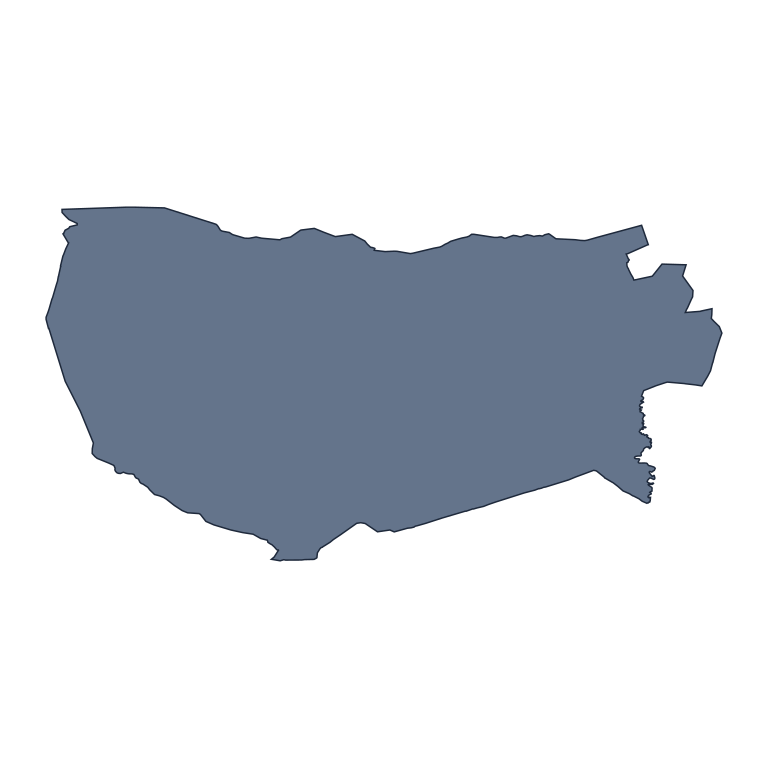 outline of Nautrēnu pag., Rezeknes, Latvia
{"feature_id": "27541924B31179007795423", "entity_name": "Nautrēnu pag.", "entity_type": "district", "adm_level": 2, "iso_a3": "LVA", "parent_name": "Latvia", "parent_adm1": "Rezeknes", "projection": "natural_earth1", "projection_center": [27.418, 56.733], "detail": "fine", "context": "isolated", "style": "filled", "palette": "slate", "viewbox_px": 768, "rotation_deg": 0, "n_neighbors": 0, "source": "geoboundaries", "source_scale": "gbopen_adm2", "svg_char_len": 6065}
<svg xmlns="http://www.w3.org/2000/svg" viewBox="0 0 768 768"><path d="M62.0,209.4L62.1,212.5L65.7,216.4L68.9,219.5L77.2,223.5L77.2,224.9L69.8,226.7L68.7,228.3L65.1,230.2L64.3,232.0L64.0,232.4L63.7,233.6L63.0,233.9L68.3,242.8L68.6,242.9L65.7,249.0L63.6,254.6L62.9,256.1L60.5,266.0L60.8,266.3L60.6,266.7L58.5,276.2L58.5,276.6L58.3,276.7L57.5,281.2L56.4,284.6L52.6,297.6L51.9,299.2L49.0,309.3L47.8,312.8L46.1,317.2L46.1,319.4L48.3,327.8L48.5,328.5L48.9,328.4L65.2,381.3L80.3,411.1L93.4,443.0L92.3,448.7L92.2,453.5L95.0,456.6L97.2,458.4L108.8,463.1L113.6,465.3L114.0,465.7L115.1,468.2L114.9,469.5L115.0,470.2L115.6,471.4L117.0,472.8L118.3,473.3L120.4,473.5L123.4,472.2L126.1,473.3L128.5,473.8L132.1,473.9L133.9,474.5L135.3,477.1L136.1,478.0L137.8,478.7L138.6,479.3L139.9,482.2L141.2,483.4L143.0,484.1L147.8,487.3L149.7,489.8L154.5,494.5L159.3,495.8L163.5,497.4L166.4,499.2L174.4,505.5L182.2,510.6L187.6,512.8L199.1,513.6L200.4,514.4L205.9,521.4L213.9,524.9L230.9,530.0L242.7,532.6L253.1,534.2L260.7,538.5L267.3,540.2L267.8,541.5L267.8,542.1L268.0,542.4L270.5,544.0L271.9,544.7L274.5,547.1L276.1,549.0L277.1,549.9L278.4,550.0L278.5,550.2L274.2,557.0L271.4,559.3L273.3,559.6L280.2,560.8L283.8,559.7L285.6,560.1L301.6,560.0L304.6,559.6L314.0,559.4L316.0,558.4L316.9,557.7L317.4,552.8L320.0,548.7L321.0,547.7L322.4,547.2L322.5,547.0L330.0,542.3L333.3,539.6L341.0,534.4L356.7,523.3L360.8,522.7L365.2,523.5L377.5,531.8L389.9,530.0L394.2,531.9L407.5,528.2L411.2,527.8L414.0,527.1L415.2,526.2L417.4,525.7L425.8,523.3L442.2,518.0L465.2,511.2L466.2,511.2L472.8,508.9L473.5,509.0L476.8,508.0L483.6,506.4L488.7,504.4L495.7,502.0L524.3,492.9L535.0,490.1L538.8,488.6L539.0,488.8L541.4,488.2L543.7,487.3L545.6,487.0L568.6,479.9L575.6,477.0L593.7,470.3L596.1,470.8L596.8,471.2L603.9,476.9L604.9,478.1L605.1,478.1L612.1,482.2L613.1,482.7L617.9,486.4L623.0,490.9L629.4,493.7L632.7,495.8L633.7,496.1L639.0,498.8L642.1,501.2L646.9,503.3L647.6,502.9L648.3,502.9L649.1,502.0L649.7,502.1L649.8,501.9L649.5,501.6L650.2,500.9L650.5,497.4L650.0,497.5L649.7,497.2L649.0,497.8L647.9,496.9L648.2,496.1L649.2,494.9L650.8,494.2L651.2,493.9L651.1,493.3L650.9,492.9L649.8,492.4L650.4,491.7L652.0,491.1L652.0,488.8L652.1,488.3L651.9,487.5L648.4,485.1L648.2,484.6L648.6,484.3L652.2,484.4L653.5,483.5L653.3,483.1L653.0,483.0L651.2,483.5L649.8,483.3L647.7,482.3L647.2,481.7L647.2,481.4L647.6,480.3L649.6,478.0L650.9,478.1L653.7,479.4L654.2,479.3L654.6,479.0L654.9,478.1L654.3,475.8L654.1,475.5L653.6,475.5L653.1,475.8L652.8,476.3L652.2,476.4L649.5,473.1L649.2,472.3L649.4,471.6L649.9,471.4L651.5,472.1L652.7,471.6L652.9,471.1L654.3,470.4L655.2,468.4L654.7,467.6L653.8,467.0L650.4,465.9L648.8,465.6L647.7,464.5L647.3,463.7L646.6,463.2L644.5,463.0L639.6,463.1L638.5,462.7L638.3,462.4L638.3,461.9L639.6,459.4L639.4,459.0L638.6,458.8L636.6,458.8L635.3,458.6L634.7,458.2L634.5,457.8L634.7,457.1L634.9,456.9L636.0,456.3L638.0,456.0L640.4,456.0L641.0,455.7L641.3,455.2L641.0,453.5L641.1,452.8L643.3,450.5L643.7,448.9L644.9,447.8L646.8,446.8L647.2,446.8L647.9,447.3L648.7,446.8L649.3,447.3L649.2,448.0L649.2,448.4L649.7,448.6L651.3,446.7L651.4,446.2L651.3,445.6L650.8,444.9L650.8,444.1L651.5,442.8L651.2,442.5L650.2,442.3L650.1,441.7L650.2,441.3L651.2,440.9L650.9,440.2L651.2,439.4L651.1,439.1L649.9,438.4L648.6,438.4L648.4,438.2L648.3,437.5L646.9,437.0L646.8,436.6L647.6,435.5L647.1,435.0L646.4,434.7L644.4,435.3L644.2,435.0L644.1,434.6L643.5,433.9L643.2,433.9L642.5,434.4L641.5,434.1L641.2,433.7L641.4,433.2L641.1,432.8L640.1,432.7L639.3,431.7L639.3,431.4L640.3,430.2L640.4,429.7L640.3,429.4L641.6,429.2L642.7,429.4L643.1,429.3L643.1,429.1L642.9,428.7L642.4,428.6L642.0,428.3L642.1,427.8L642.5,427.5L643.9,427.8L645.1,427.8L645.7,427.6L645.9,427.4L645.8,427.2L644.8,426.9L644.0,426.9L643.4,426.5L643.2,426.2L643.1,425.4L643.2,424.5L643.7,423.9L643.7,423.5L643.3,423.4L642.7,423.8L642.4,423.7L642.2,423.1L642.3,422.3L643.2,422.1L643.7,421.3L643.7,420.9L642.8,420.2L642.9,419.6L642.5,418.8L643.0,418.0L643.6,416.2L644.6,415.8L644.8,415.6L644.8,415.2L644.4,414.9L643.4,414.6L643.2,413.4L642.1,412.9L641.6,412.4L640.1,411.8L640.1,410.5L641.2,410.3L641.4,410.0L640.3,409.6L639.6,409.1L639.8,408.6L640.8,408.1L642.0,407.9L642.2,407.6L642.2,407.2L640.4,406.9L639.6,406.2L639.5,405.8L640.0,404.4L643.5,402.1L643.2,401.7L642.3,401.6L641.6,401.7L640.9,401.3L640.8,401.0L641.3,400.5L642.9,399.7L643.6,398.0L643.4,397.5L643.0,397.1L641.5,396.2L643.7,390.6L656.1,385.7L665.5,382.6L667.4,382.1L684.9,383.6L685.0,383.7L695.5,384.9L701.9,385.9L707.7,376.2L710.5,370.8L712.6,362.8L712.8,362.7L715.1,353.5L720.0,338.3L721.9,333.1L719.3,326.6L714.0,321.4L711.3,318.5L711.8,314.7L712.0,308.7L700.8,311.1L700.7,311.3L685.3,312.5L686.5,309.6L687.4,308.1L691.6,298.8L692.6,296.9L693.0,290.5L682.6,276.0L686.1,264.8L662.0,264.1L652.3,276.2L633.9,280.1L632.9,277.5L630.7,273.8L629.5,271.3L628.7,269.7L628.5,269.0L627.5,267.3L627.1,266.2L626.9,265.2L626.8,262.7L627.9,262.3L628.5,260.7L629.2,260.0L629.0,259.4L628.4,259.0L626.2,254.0L627.9,253.6L647.5,244.9L648.3,244.7L641.6,225.3L597.0,237.4L587.2,240.2L584.7,240.6L580.6,240.4L575.1,239.7L556.2,238.8L555.8,238.7L549.5,234.2L548.6,233.8L544.9,234.7L542.4,236.1L539.8,235.6L535.9,236.0L533.9,236.5L530.9,235.5L527.1,234.8L524.9,235.3L522.8,236.2L521.2,236.7L520.3,236.7L519.3,236.6L516.6,235.8L513.2,235.4L505.9,238.1L505.2,238.2L504.2,238.1L502.9,237.5L501.3,236.9L499.6,237.0L497.6,237.4L494.2,237.4L474.0,234.3L471.6,234.3L469.2,236.1L466.9,237.0L461.9,238.0L458.3,239.0L450.7,241.3L447.7,243.1L445.2,244.2L441.7,246.3L439.7,247.1L433.8,248.2L412.9,253.2L410.4,253.6L397.0,251.3L394.2,251.2L385.1,251.6L374.2,250.3L374.6,249.0L374.9,248.6L374.7,248.3L372.6,247.6L370.5,247.2L367.3,244.1L364.8,241.0L352.2,234.3L335.3,236.6L323.9,232.3L314.3,228.4L301.4,230.0L300.6,230.2L290.5,237.1L281.9,238.7L279.9,239.8L261.7,238.2L256.1,237.0L249.0,238.3L244.8,238.2L233.2,234.8L231.9,234.2L229.4,232.5L222.5,231.2L221.2,230.7L220.2,229.9L217.9,226.2L216.8,224.9L216.4,224.5L215.2,224.0L164.5,207.9L134.2,207.2L126.3,207.2L62.0,209.4Z" fill="#64748b" stroke="#1e293b" stroke-width="1.5"/></svg>